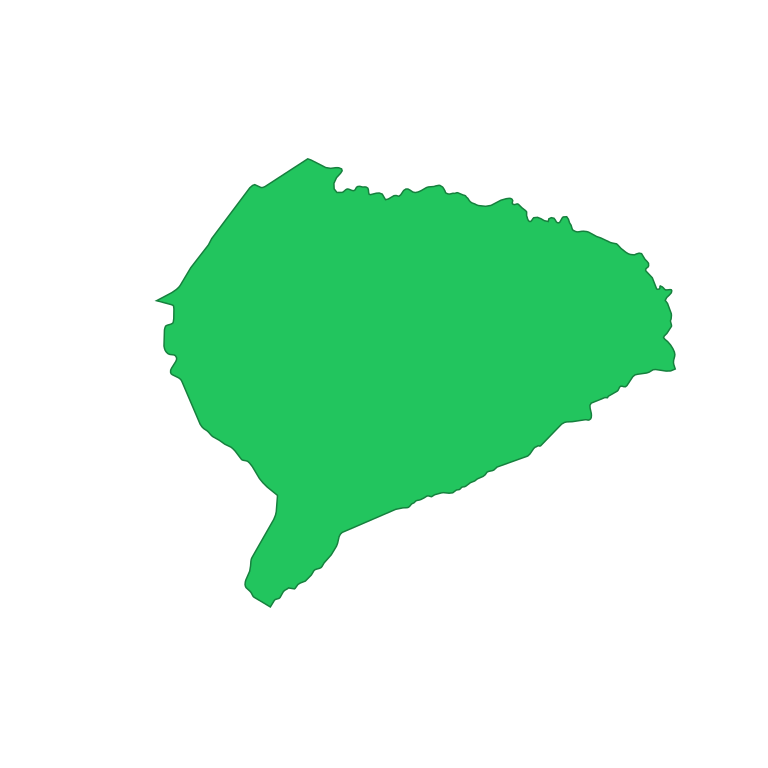 outline of Presidente Hayes, rotated 303°
{"feature_id": "PRY-605", "entity_name": "Presidente Hayes", "entity_type": "Department", "adm_level": 1, "iso_a3": "PRY", "parent_name": "Paraguay", "parent_adm1": "", "projection": "mercator", "projection_center": [-58.464, -23.686], "detail": "fine", "context": "isolated", "style": "filled", "palette": "green", "viewbox_px": 768, "rotation_deg": 303, "n_neighbors": 0, "source": "natural_earth", "source_scale": "10m", "svg_char_len": 5139}
<svg xmlns="http://www.w3.org/2000/svg" viewBox="0 0 768 768"><g transform="rotate(303 384 384)"><path d="M148.3,413.1L147.0,412.7L144.2,410.3L143.0,409.9L135.1,410.1L134.4,391.2L134.5,390.2L134.9,389.3L136.7,386.1L137.2,384.4L138.1,379.2L138.9,377.9L140.1,376.7L142.4,375.5L144.2,374.9L153.9,373.3L158.7,371.2L162.9,368.9L164.8,368.1L166.6,367.8L210.3,365.3L215.0,364.4L218.2,363.2L231.6,355.9L232.6,355.2L234.0,342.0L235.2,336.3L236.9,331.0L243.0,318.6L244.5,314.3L244.9,311.8L244.5,310.2L243.4,307.6L243.1,306.5L243.1,305.6L246.7,295.6L247.4,292.6L247.7,290.1L246.8,283.2L247.1,276.5L246.6,269.1L246.8,267.4L248.1,262.8L248.4,260.9L248.4,257.1L248.9,254.7L250.1,251.8L276.2,212.9L277.1,211.0L277.3,208.8L277.3,208.2L276.5,201.4L276.7,199.8L277.6,198.6L279.5,197.5L281.7,197.2L289.5,197.1L291.5,196.7L293.0,195.8L294.0,193.9L294.1,192.8L293.9,191.8L292.2,188.4L291.9,187.2L291.8,186.1L292.1,184.6L292.3,183.8L293.0,182.2L294.2,180.6L296.0,178.8L309.8,170.4L311.7,169.7L313.6,169.3L315.0,170.0L316.0,170.8L317.3,172.0L318.3,172.8L319.4,173.4L320.3,173.7L321.0,173.6L324.3,172.1L332.6,166.9L334.7,165.1L335.1,164.3L334.7,162.3L330.0,147.9L345.1,156.3L350.2,158.4L353.4,159.2L355.6,159.4L376.3,158.6L405.1,161.0L412.1,160.3L475.5,164.6L478.9,165.6L480.8,167.0L481.8,173.9L482.9,175.4L484.8,176.7L531.3,197.4L532.1,200.8L533.8,217.3L535.8,221.8L539.2,225.8L540.7,228.2L541.3,231.3L540.0,232.8L537.0,232.8L531.2,231.8L525.0,232.7L520.5,235.9L519.0,240.2L522.0,244.7L523.3,245.3L526.3,246.2L527.5,246.9L528.2,248.3L528.9,251.8L529.7,253.4L531.0,254.0L534.0,253.8L535.3,254.4L536.3,255.6L536.7,256.3L537.6,258.9L539.0,260.8L539.5,262.1L539.4,263.9L538.2,265.3L536.4,266.7L535.1,268.0L535.3,269.4L539.8,273.6L541.6,276.0L542.3,279.1L539.4,284.9L541.4,286.8L547.4,289.8L548.7,291.5L549.5,294.2L551.7,295.0L557.0,295.1L559.5,296.2L560.6,298.0L560.8,300.5L560.7,303.6L561.6,306.0L563.7,308.1L566.5,309.9L571.5,312.4L572.4,313.0L573.6,314.1L576.9,318.4L578.3,319.5L580.5,321.8L581.0,322.7L581.1,325.8L580.8,326.7L580.1,328.2L579.0,330.2L578.2,331.1L577.9,332.1L578.3,334.2L579.1,335.7L581.5,337.9L582.4,339.5L584.2,341.0L584.6,341.8L584.8,343.0L585.6,347.4L586.1,348.9L586.2,349.9L585.6,351.4L585.4,353.1L584.2,355.8L583.8,357.4L583.8,359.2L584.5,362.3L584.6,363.9L585.1,366.0L588.4,372.5L592.1,376.5L601.9,382.0L606.0,385.6L608.0,388.0L608.6,389.2L608.7,390.7L607.9,392.1L605.5,393.0L605.0,394.2L605.4,395.6L606.4,396.6L607.5,397.5L607.9,398.3L607.8,399.4L606.9,403.8L606.5,408.4L606.0,409.9L602.9,411.9L602.4,412.4L601.9,413.2L600.9,414.2L599.9,415.7L599.5,417.4L600.2,418.5L601.8,418.8L603.6,418.8L605.0,419.0L607.4,422.0L608.1,425.6L608.3,429.5L609.7,433.2L612.3,432.3L614.6,433.7L615.6,436.3L614.7,438.7L613.9,440.0L613.7,441.5L614.3,442.8L615.6,443.3L620.5,443.0L621.7,443.3L623.8,446.1L622.6,449.0L620.2,451.9L619.1,454.4L616.7,457.2L616.2,458.0L616.0,458.6L616.0,459.5L616.2,461.4L616.6,462.7L617.1,463.7L619.7,466.6L620.8,468.1L622.2,470.9L622.8,472.8L623.5,482.0L624.6,486.4L626.0,496.9L626.7,499.0L628.2,502.7L628.0,504.2L626.8,508.9L626.2,515.0L626.3,518.0L626.8,520.0L627.7,521.8L628.7,523.7L630.5,524.8L632.7,526.7L633.6,529.0L630.7,535.0L630.1,537.8L629.3,540.1L627.2,541.6L625.7,541.7L624.5,541.2L623.3,540.9L621.7,541.6L621.3,542.7L619.2,551.2L612.3,560.8L612.3,561.7L613.4,563.0L614.6,563.2L615.8,562.4L616.7,562.3L617.0,564.6L616.7,566.3L616.3,567.6L616.3,569.0L617.5,570.7L619.0,572.5L619.5,573.7L618.9,574.6L617.0,575.3L614.2,574.9L610.5,574.0L607.3,574.3L606.0,577.9L599.5,586.6L598.1,587.7L596.4,588.6L594.8,589.4L593.5,589.6L592.4,590.3L589.9,593.1L588.9,593.7L584.5,593.7L580.6,593.7L576.8,592.9L575.2,593.2L574.5,595.2L574.0,599.0L572.8,603.1L571.0,607.0L569.0,610.1L567.1,611.9L565.5,612.7L561.6,614.0L559.6,615.1L558.1,616.5L555.2,620.1L551.1,617.3L548.5,613.6L544.1,603.9L542.5,601.9L538.3,599.9L536.3,598.3L530.3,591.4L528.4,589.6L525.7,588.7L515.0,588.6L513.2,588.0L512.3,586.5L511.8,584.8L510.9,583.6L509.6,583.3L506.6,583.7L505.3,583.6L495.9,578.8L494.2,578.9L492.9,576.6L480.8,568.2L478.3,568.3L476.0,570.0L472.2,573.9L470.6,575.1L468.9,576.0L467.4,576.3L465.7,575.7L464.9,574.9L464.5,573.7L463.7,572.3L455.0,562.5L451.8,558.0L450.2,556.4L447.1,554.8L417.4,549.0L416.7,548.3L416.3,547.1L415.5,546.5L414.4,546.0L413.4,545.2L411.5,544.7L404.7,544.5L401.9,543.8L376.0,524.1L371.7,523.0L370.4,522.1L367.7,519.4L366.4,518.5L365.6,518.4L363.0,518.3L360.4,517.4L355.3,514.0L352.1,512.9L348.3,510.2L342.7,508.2L341.4,507.2L340.7,506.2L339.7,505.4L337.6,505.1L336.4,504.6L334.6,502.5L330.2,500.9L327.9,498.1L325.2,492.9L323.9,491.4L318.7,486.8L315.4,485.3L314.9,484.1L314.6,482.8L314.1,481.8L313.3,481.0L310.4,479.7L307.3,477.9L305.9,476.8L304.4,475.2L303.3,474.4L300.8,473.9L298.5,472.5L295.2,472.1L293.8,471.6L292.8,470.7L290.5,467.4L285.3,462.1L236.8,429.8L234.3,429.2L231.5,429.5L225.2,431.8L222.0,432.5L211.9,432.8L201.3,431.2L197.1,431.4L195.8,431.2L194.4,430.4L191.7,428.0L190.3,427.1L189.1,426.9L184.3,427.1L175.9,425.4L171.5,422.2L169.0,421.0L164.2,420.8L163.4,420.5L161.3,415.8L161.1,415.0L159.9,414.7L157.5,413.4L156.1,412.9L154.5,412.7L148.3,413.1Z" fill="#22c55e" stroke="#15803d" stroke-width="1.5"/></g></svg>